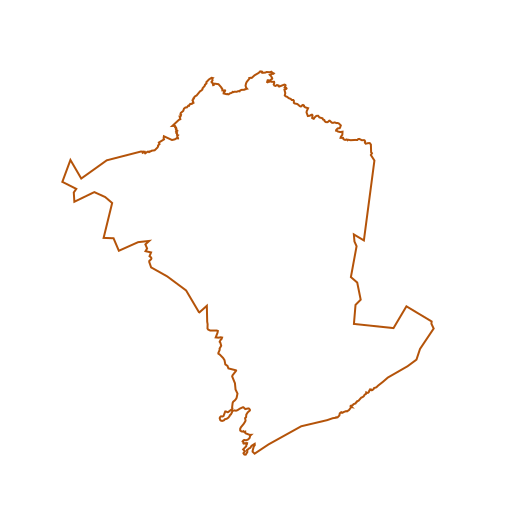 outline of Moris, Chihuahua, Mexico, rotated 247°
{"feature_id": "50627088B15555770686399", "entity_name": "Moris", "entity_type": "district", "adm_level": 2, "iso_a3": "MEX", "parent_name": "Mexico", "parent_adm1": "Chihuahua", "projection": "equal_earth", "projection_center": [-108.616, 28.165], "detail": "fine", "context": "isolated", "style": "outline", "palette": "amber", "viewbox_px": 512, "rotation_deg": 247, "n_neighbors": 0, "source": "geoboundaries", "source_scale": "gbopen_adm2", "svg_char_len": 6071}
<svg xmlns="http://www.w3.org/2000/svg" viewBox="0 0 512 512"><g transform="rotate(247 256 256)"><path d="M416.9,122.7L399.9,106.7L388.0,116.8L385.7,113.1L376.9,110.0L378.0,132.1L369.2,140.2L361.0,144.3L332.2,122.8L328.0,131.8L314.4,131.8L314.8,152.9L311.6,163.6L309.9,158.7L305.5,158.7L303.6,156.2L300.3,160.8L297.4,157.9L295.6,158.9L294.7,158.8L294.0,158.2L293.2,155.9L292.3,155.4L286.5,155.0L271.9,166.3L251.6,178.2L226.7,181.5L226.2,181.9L229.4,191.3L214.6,185.4L212.1,184.8L208.2,183.0L207.0,183.2L205.3,184.7L202.7,190.8L201.9,191.6L200.4,190.6L196.8,187.1L195.5,189.5L195.0,191.7L194.2,192.9L193.1,191.9L192.5,190.5L191.2,189.0L190.0,189.3L187.0,188.9L185.0,186.3L183.8,185.9L181.4,183.4L180.8,183.2L179.3,184.2L174.9,185.9L172.4,186.3L168.2,185.4L166.0,186.8L163.3,186.7L158.6,192.9L158.2,192.9L155.3,187.7L154.4,187.0L147.1,186.9L141.1,185.0L136.6,185.2L133.4,183.0L132.5,182.2L131.4,180.2L130.8,178.1L129.9,177.1L125.9,174.8L125.0,174.8L124.5,174.3L123.2,169.4L123.3,168.8L124.7,167.5L124.9,166.9L121.5,163.7L121.3,162.6L122.1,161.1L121.6,159.8L120.9,159.2L118.9,159.0L117.9,159.6L117.3,160.8L117.3,162.5L117.9,163.5L117.6,165.4L118.0,167.4L119.0,169.2L119.6,169.6L120.0,171.0L121.3,172.6L122.6,173.7L122.3,175.8L121.4,177.1L121.3,178.7L121.8,181.5L121.9,184.8L121.7,185.3L119.3,186.3L118.7,189.4L118.2,190.0L116.9,190.3L116.2,190.0L115.3,187.3L113.8,185.1L111.5,183.9L111.0,182.6L108.7,182.1L108.0,181.5L106.3,179.1L104.2,175.1L103.1,173.9L101.5,173.3L100.2,174.1L99.4,175.5L99.6,176.0L98.5,176.5L98.5,177.4L97.5,177.0L96.8,177.2L93.8,180.3L93.3,181.6L92.9,180.5L91.0,179.0L90.2,177.1L90.2,174.9L91.3,173.2L91.1,172.2L90.5,171.2L89.4,171.7L88.4,171.2L88.0,171.5L87.7,173.8L87.2,174.7L86.4,174.2L86.1,173.4L84.7,172.7L83.0,168.6L80.6,169.5L79.4,167.4L78.0,167.6L77.4,168.2L77.2,169.0L78.9,171.4L79.9,171.8L80.7,171.7L81.0,172.0L81.0,172.8L81.5,173.9L81.7,175.9L83.0,177.7L83.6,181.4L82.4,181.0L81.4,179.4L77.9,176.7L77.2,176.4L74.6,177.5L77.7,194.1L81.6,231.1L77.1,257.4L76.7,263.3L75.9,266.3L76.2,266.8L75.8,267.1L75.6,268.0L76.6,270.4L78.4,271.6L78.9,273.1L78.8,273.7L78.1,273.8L77.9,274.3L78.1,275.8L78.0,278.4L77.4,279.0L77.9,281.5L79.8,284.7L79.6,285.0L80.9,284.4L81.1,284.7L80.8,286.5L81.5,287.9L81.4,290.1L82.1,290.7L82.1,291.5L82.8,292.2L82.7,293.8L84.5,297.5L84.5,299.0L84.8,300.4L85.9,301.8L86.1,303.4L87.4,304.2L86.4,305.2L86.3,305.9L86.8,306.9L87.9,307.7L87.9,308.5L88.6,308.9L88.2,309.8L87.3,309.9L87.1,310.7L87.6,312.3L88.3,313.0L88.1,315.5L89.0,317.8L90.5,323.4L92.6,329.9L95.3,352.4L97.9,363.2L106.4,370.7L119.8,391.2L125.1,391.0L127.1,392.1L150.9,374.8L135.9,354.4L155.2,319.6L172.1,328.5L174.9,335.3L192.0,338.8L199.5,335.1L225.7,352.4L230.9,352.3L237.6,354.5L228.2,361.4L297.6,402.3L304.1,401.2L305.3,402.9L306.5,402.5L313.7,405.3L315.5,404.8L316.1,403.3L316.5,400.9L317.8,400.5L318.8,401.2L319.8,401.2L320.4,400.8L321.2,398.7L323.4,396.8L323.7,395.8L323.2,394.6L323.4,394.1L324.0,392.9L325.6,388.4L327.1,386.1L326.8,385.5L327.9,384.9L328.0,383.5L328.5,382.9L329.3,382.2L330.7,382.3L331.7,380.0L332.5,380.6L333.8,382.8L336.6,384.2L337.2,381.9L338.6,380.0L339.7,379.3L340.1,378.7L340.7,379.1L341.5,381.0L341.0,383.0L341.6,383.8L343.1,385.1L345.7,384.0L346.6,383.0L346.9,382.0L348.2,380.7L348.5,378.8L349.1,377.9L351.8,376.7L351.9,376.1L351.4,375.0L351.3,373.9L352.0,372.6L353.2,371.9L354.5,372.0L355.5,371.0L356.8,371.0L358.8,368.5L360.8,368.0L361.3,366.8L361.3,365.9L360.4,363.6L359.8,363.1L359.8,362.6L361.1,361.6L363.4,363.0L364.1,362.9L364.4,362.2L364.1,360.3L364.6,358.4L368.4,358.6L369.5,359.3L371.7,361.7L373.6,359.4L374.9,358.7L375.7,359.0L376.7,358.3L376.8,357.7L376.1,356.4L376.1,355.7L376.8,354.9L379.7,353.5L381.4,351.1L382.2,350.7L384.1,351.5L385.0,351.3L385.6,349.9L387.1,349.3L388.5,347.8L390.3,346.9L391.3,345.8L392.5,345.2L394.5,346.6L398.1,347.2L398.0,349.2L398.3,349.6L398.9,349.5L400.0,348.3L401.3,349.8L402.0,349.9L402.7,349.1L402.9,343.5L403.4,343.1L404.1,343.4L405.2,342.1L404.9,340.5L405.7,339.5L407.0,339.3L408.3,340.5L409.3,340.7L410.2,338.5L411.2,337.4L411.1,336.5L411.5,335.8L411.3,334.6L411.8,334.2L413.2,335.4L412.9,336.1L412.0,336.3L412.8,340.1L413.2,340.4L415.6,340.2L417.4,339.5L417.5,341.5L416.9,343.2L417.1,343.7L418.4,342.6L419.6,342.2L419.8,340.4L421.2,337.7L421.2,336.2L422.1,333.5L422.5,333.1L423.3,333.6L423.6,333.4L423.8,332.4L424.3,332.0L423.5,330.0L422.9,325.3L421.6,321.6L422.1,320.9L422.4,319.5L422.0,319.5L419.9,315.5L418.8,314.3L416.8,312.9L414.8,312.7L413.5,313.1L413.7,312.2L413.5,311.6L413.8,310.8L413.6,310.2L414.6,307.5L414.5,305.8L414.0,305.2L414.7,304.1L414.7,302.4L415.6,300.5L415.7,299.1L416.2,298.7L415.7,297.3L415.9,295.5L415.5,294.0L415.8,293.3L416.3,293.0L416.5,292.0L418.3,289.7L419.1,290.2L419.5,291.4L420.3,292.2L420.7,292.1L420.9,290.5L421.8,290.2L421.8,289.8L423.4,290.3L423.9,289.9L424.9,289.9L428.8,288.6L430.8,285.3L430.6,284.3L429.9,283.9L430.0,283.3L432.3,283.7L433.1,283.0L433.7,283.1L434.6,284.6L436.4,285.0L436.7,285.7L437.4,284.8L436.9,281.7L435.4,278.2L434.2,277.8L433.6,275.9L432.8,275.5L431.2,272.3L430.2,271.7L429.7,270.4L429.5,268.9L426.9,263.9L426.9,262.8L426.5,261.5L425.6,260.7L425.7,260.2L425.2,259.6L424.6,259.5L424.2,258.4L422.4,258.4L422.0,257.8L421.4,258.1L421.1,256.2L421.7,254.9L421.4,254.6L421.2,253.8L420.4,253.1L420.8,252.3L419.8,250.4L420.3,249.1L419.8,247.3L418.0,245.7L417.1,242.7L416.0,241.8L415.2,242.2L414.0,241.1L414.3,240.2L411.5,239.8L411.5,238.3L408.4,229.8L407.5,232.2L406.8,232.4L406.1,231.9L405.3,232.6L404.5,232.5L404.3,231.8L403.3,231.7L403.1,232.2L402.0,232.5L401.6,231.1L400.7,231.4L400.4,230.7L399.3,231.1L398.4,230.6L397.6,231.4L397.0,230.4L396.0,229.8L394.9,230.3L394.5,231.0L394.6,230.3L395.4,229.1L395.1,226.8L395.6,224.0L402.2,218.0L400.6,217.0L399.3,216.9L398.4,210.9L396.7,210.9L396.0,209.0L395.1,208.7L394.3,207.6L392.9,204.0L393.7,201.1L393.5,200.6L393.8,198.9L393.4,198.7L393.4,198.1L394.2,197.5L394.4,197.0L393.8,194.1L394.6,193.9L394.8,194.4L395.4,194.4L395.6,193.9L395.3,193.3L395.3,192.2L396.3,192.6L396.6,191.6L397.1,191.1L402.4,156.0L395.6,125.4L416.9,122.7Z" fill="none" stroke="#b45309" stroke-width="2"/></g></svg>